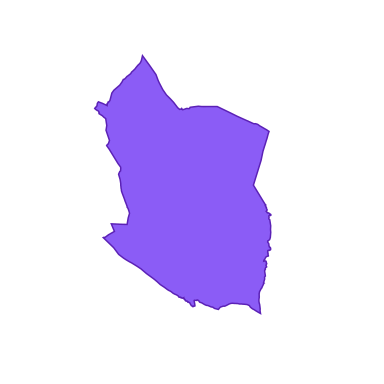 Rollag nor, Buskerud, Norway (Natural Earth projection), rotated 52°
{"feature_id": "86288312B57956747563508", "entity_name": "Rollag nor", "entity_type": "district", "adm_level": 2, "iso_a3": "NOR", "parent_name": "Norway", "parent_adm1": "Buskerud", "projection": "natural_earth1", "projection_center": [9.279, 60.016], "detail": "fine", "context": "isolated", "style": "filled", "palette": "violet", "viewbox_px": 384, "rotation_deg": 52, "n_neighbors": 0, "source": "geoboundaries", "source_scale": "gbopen_adm2", "svg_char_len": 5730}
<svg xmlns="http://www.w3.org/2000/svg" viewBox="0 0 384 384"><g transform="rotate(52 192 192)"><path d="M319.6,206.7L318.2,205.7L316.0,203.5L315.5,203.3L314.5,202.4L313.6,201.9L313.0,201.0L312.3,200.5L310.6,196.7L310.6,196.1L309.8,194.8L308.7,192.5L308.0,191.8L308.1,191.3L307.5,191.4L305.4,188.4L303.7,187.2L303.4,185.9L299.1,183.5L298.5,183.0L298.4,182.9L298.4,182.5L298.3,182.3L298.3,182.1L298.2,182.1L297.6,181.7L297.4,181.2L297.0,180.7L296.8,180.4L297.0,179.5L297.0,179.3L296.8,179.2L295.3,178.8L295.3,178.6L294.6,177.8L294.6,177.3L294.4,177.2L294.0,177.2L293.9,177.1L293.3,176.9L293.2,176.7L292.9,176.6L292.2,176.3L291.7,176.4L291.6,176.7L291.1,177.2L291.1,177.3L290.9,177.7L290.4,177.7L290.4,177.8L290.2,177.6L290.0,177.3L289.9,176.4L289.8,175.9L289.4,175.4L288.8,173.8L288.8,173.0L289.0,172.3L289.4,171.5L289.4,171.2L289.0,170.9L288.5,170.8L288.3,170.6L288.1,170.5L287.4,170.3L287.2,169.8L286.9,169.8L286.7,169.6L286.3,169.4L286.1,169.5L285.6,169.0L285.1,168.7L285.1,168.3L284.9,168.2L284.9,167.8L285.2,167.7L285.3,167.6L285.5,167.4L285.5,167.2L285.6,166.5L285.9,165.9L285.6,165.6L285.6,165.4L285.4,165.0L284.6,164.9L284.2,164.5L283.6,164.6L283.4,164.6L283.4,164.8L283.1,164.9L282.8,164.9L282.4,164.6L281.5,164.4L281.4,164.2L281.2,164.0L279.7,163.2L278.5,163.3L278.0,163.2L277.7,162.9L277.5,162.5L277.4,162.5L277.2,162.3L277.4,161.9L277.3,160.6L277.3,160.1L276.1,158.3L272.3,154.8L270.0,153.3L267.1,150.8L261.9,147.9L261.6,147.8L260.7,148.0L260.3,147.9L260.0,147.7L259.6,147.0L258.7,146.6L258.6,146.4L258.1,146.1L258.1,145.2L258.6,145.0L258.7,144.9L258.6,144.7L258.7,144.2L258.8,144.0L258.7,143.9L257.9,143.8L257.4,144.0L257.2,144.3L256.3,144.3L255.6,144.6L255.2,144.9L255.2,145.1L254.4,145.5L254.1,145.3L253.8,145.3L253.6,145.3L253.3,145.3L253.0,145.4L252.9,145.4L252.9,145.0L252.7,144.8L252.6,144.7L252.5,144.4L252.5,143.9L252.4,143.8L250.6,143.4L250.4,143.2L250.0,143.2L249.9,142.9L248.0,142.7L248.1,142.3L247.5,141.8L246.8,142.0L224.4,139.4L209.6,118.1L203.6,111.0L200.2,106.1L200.1,105.9L197.2,101.8L196.0,100.0L193.2,96.3L191.7,94.0L189.7,94.7L189.1,94.8L188.0,95.3L183.0,97.3L181.6,97.9L179.4,98.5L178.8,98.8L177.4,99.8L177.0,100.2L176.8,100.6L176.6,100.9L176.2,101.3L175.7,101.6L160.1,109.8L153.4,113.0L140.2,119.5L131.3,130.9L130.5,131.9L128.3,134.2L124.1,141.3L124.6,142.5L124.6,142.8L124.3,143.1L124.0,143.7L123.4,144.1L123.0,144.7L122.7,145.0L122.4,146.2L122.2,146.7L122.1,147.0L121.8,147.9L121.3,148.8L119.9,148.7L120.2,149.5L119.5,150.1L119.4,150.3L119.4,150.8L119.2,150.9L118.8,151.0L116.7,151.4L110.1,151.3L105.3,151.7L99.8,152.4L93.3,152.0L85.7,150.6L82.9,149.9L77.3,148.1L66.1,147.5L54.1,147.1L57.1,150.8L57.7,151.8L58.3,153.1L58.6,154.1L58.8,156.5L59.5,159.7L59.8,160.5L60.0,161.8L60.3,165.1L60.3,165.8L61.0,167.4L61.0,171.4L60.9,172.1L61.3,174.0L61.4,174.8L61.5,175.8L61.0,176.8L62.2,179.4L63.3,183.1L63.7,190.9L64.7,194.3L65.9,195.8L69.4,200.4L69.6,201.3L69.6,202.2L69.8,202.4L69.7,202.5L69.8,202.9L69.6,203.0L70.2,203.8L70.2,204.1L70.1,204.3L70.3,204.8L70.5,205.0L70.7,205.3L71.2,205.5L71.3,205.5L71.1,205.3L71.2,205.2L71.4,205.4L71.6,205.7L66.8,208.1L66.2,208.5L63.9,209.9L63.4,210.1L63.4,210.7L63.8,211.8L64.3,212.6L65.2,213.3L65.7,214.2L65.7,214.6L65.9,214.7L65.9,214.8L65.9,215.0L66.0,215.3L65.9,216.0L66.3,217.2L66.9,217.0L67.3,217.2L68.6,216.7L69.3,216.6L69.7,216.2L71.1,215.9L71.5,216.2L72.0,216.2L72.2,216.3L72.3,216.5L73.0,216.7L73.1,217.0L76.7,215.7L78.9,215.4L81.0,214.8L87.1,218.2L90.1,221.4L90.3,221.7L100.6,225.3L102.5,228.3L102.5,229.6L102.9,230.7L107.4,230.9L124.1,232.8L128.4,232.9L129.5,233.6L131.4,235.3L131.4,236.3L132.4,238.2L132.8,238.9L138.0,241.0L141.4,242.9L143.0,244.1L144.2,244.8L145.2,245.5L146.5,246.1L147.0,246.5L147.9,247.0L149.9,247.7L156.0,249.6L157.9,250.3L161.3,251.3L163.4,252.0L164.1,252.5L165.4,252.5L165.8,252.6L168.1,253.4L170.3,254.3L173.2,258.3L177.6,263.1L174.0,267.5L167.4,275.2L175.3,277.4L174.3,284.0L174.2,288.6L173.5,289.3L173.3,290.0L187.7,288.0L196.0,288.2L202.1,286.6L205.0,285.6L208.6,284.2L210.5,283.3L217.0,280.9L221.3,279.5L228.2,278.1L236.6,275.7L241.1,274.7L245.4,274.0L250.2,272.4L253.9,271.4L255.7,270.7L256.8,270.1L257.7,269.8L260.3,269.2L262.4,268.2L263.5,267.5L265.8,266.8L266.4,267.0L266.8,267.0L267.0,266.9L267.3,266.4L268.0,266.1L268.0,265.7L268.3,265.7L268.6,265.6L268.8,265.5L268.9,265.4L269.0,265.5L269.1,265.4L269.1,265.2L269.4,265.2L269.5,265.0L269.8,264.9L269.9,264.6L270.3,264.4L270.1,264.2L270.2,263.7L270.4,263.9L270.5,264.1L270.9,264.2L271.2,264.1L271.3,263.8L271.8,263.8L272.2,263.8L272.3,263.8L272.2,264.0L272.8,263.9L273.2,264.1L273.4,264.1L273.5,264.0L273.8,264.0L274.4,263.8L274.4,263.5L275.1,263.0L275.4,263.0L275.7,262.9L275.9,263.0L275.9,262.9L276.1,262.7L276.5,262.7L276.8,262.5L277.0,262.5L277.3,262.4L277.7,262.0L278.4,262.1L279.3,262.3L281.3,262.5L281.4,262.4L281.5,262.3L282.1,262.0L282.8,262.0L283.0,261.8L282.9,261.4L282.9,261.1L283.1,261.1L283.4,260.4L283.3,260.2L283.2,259.9L283.4,259.7L281.6,258.6L279.0,257.3L278.9,257.0L278.8,256.8L280.3,255.1L280.1,254.7L280.3,254.3L280.8,253.9L281.1,254.0L281.5,253.9L282.1,253.6L283.1,253.8L283.7,253.7L285.3,252.6L287.9,251.6L288.4,251.4L290.1,250.5L291.3,249.3L291.7,249.1L294.3,247.7L295.6,246.5L297.5,246.0L300.8,243.5L300.3,241.5L300.2,240.5L300.2,240.2L300.4,239.9L301.1,237.9L301.6,237.1L302.0,236.7L302.4,235.6L302.5,234.9L302.7,234.1L302.9,233.0L303.0,232.1L303.7,230.0L304.6,228.6L306.0,227.1L306.6,226.4L307.1,225.7L307.5,225.4L307.9,224.8L309.7,223.3L310.9,221.7L311.1,221.6L313.1,219.4L314.7,217.8L316.9,216.7L318.5,216.9L320.1,216.6L320.5,216.5L322.0,216.0L322.9,215.5L324.5,215.0L327.6,213.8L329.9,212.8L327.5,211.5L326.5,210.6L326.0,210.2L323.9,208.9L322.2,207.9L320.7,207.3L319.6,206.7Z" fill="#8b5cf6" stroke="#5b21b6" stroke-width="1.5"/></g></svg>